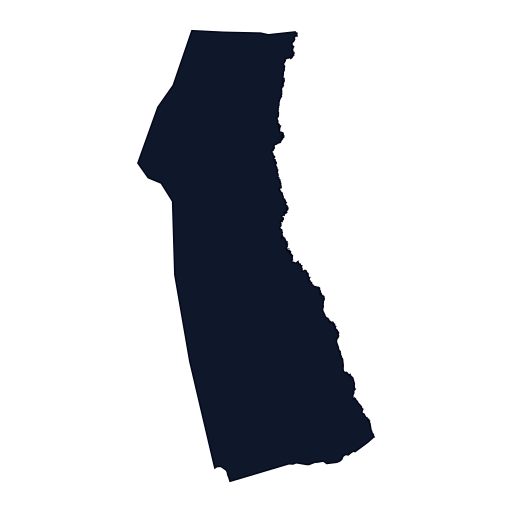 outline of Oichili-Dimani, Andjazîdja, Comoros
{"feature_id": "10938185B16841428111903", "entity_name": "Oichili-Dimani", "entity_type": "district", "adm_level": 2, "iso_a3": "COM", "parent_name": "Comoros", "parent_adm1": "Andjazîdja", "projection": "equal_earth", "projection_center": [43.406, -11.657], "detail": "fine", "context": "isolated", "style": "filled", "palette": "ink", "viewbox_px": 512, "rotation_deg": 0, "n_neighbors": 0, "source": "geoboundaries", "source_scale": "gbopen_adm2", "svg_char_len": 6039}
<svg xmlns="http://www.w3.org/2000/svg" viewBox="0 0 512 512"><path d="M191.9,30.7L173.2,85.4L157.9,107.2L137.9,163.1L148.2,177.7L161.2,183.1L172.6,201.3L174.8,274.6L189.8,361.4L214.8,468.0L216.9,466.6L220.2,466.4L221.3,466.7L225.7,469.7L226.8,471.0L227.4,472.5L227.7,474.6L229.0,477.8L230.0,481.3L288.8,463.8L293.2,464.0L294.8,463.2L296.6,462.8L306.7,464.5L309.0,464.5L314.9,462.2L317.6,462.1L322.5,461.2L323.6,461.2L326.7,463.5L336.6,462.3L339.7,461.1L341.8,459.2L342.8,456.5L344.4,455.2L345.7,454.5L348.3,454.9L351.5,452.2L353.5,451.2L355.1,451.6L367.8,442.2L373.5,437.1L374.1,436.9L373.5,436.0L373.4,434.7L372.4,433.3L372.1,433.2L371.5,430.8L371.0,430.1L369.9,423.2L369.0,422.5L369.5,421.1L369.1,421.0L368.7,419.8L368.4,420.4L367.8,420.3L366.9,417.7L366.0,417.7L364.8,415.9L364.3,414.4L362.1,413.1L361.9,411.6L362.8,409.1L361.6,408.3L361.4,406.8L357.4,402.2L357.4,401.4L356.2,400.7L355.4,398.8L354.6,398.2L354.4,399.1L353.9,399.2L352.8,397.9L352.9,394.8L353.8,392.9L353.7,391.4L353.4,391.0L355.1,389.1L354.0,388.6L353.8,388.1L353.8,387.6L354.4,387.6L354.1,386.0L354.4,383.9L352.8,378.0L350.2,375.4L350.1,374.6L349.0,375.4L348.9,374.6L348.0,374.7L347.7,373.5L346.7,372.5L346.1,372.3L344.6,372.8L343.4,371.0L343.0,369.0L343.2,365.3L342.5,359.0L341.6,357.8L341.0,355.7L340.5,355.6L340.3,354.1L340.5,353.4L340.2,353.1L340.1,351.4L338.8,350.1L338.2,347.0L336.4,342.0L336.6,339.2L337.5,338.3L338.5,336.3L338.5,335.5L338.0,335.1L338.5,333.1L338.0,333.0L338.2,332.4L337.4,332.4L337.7,331.4L336.4,329.4L335.3,329.3L335.3,327.0L335.6,326.5L334.6,326.0L334.5,324.4L333.6,324.7L333.2,324.4L333.6,323.6L333.0,322.4L332.2,322.1L330.4,322.5L330.1,322.1L330.1,321.5L329.5,321.5L328.4,319.1L327.5,318.2L326.7,318.2L326.2,317.5L325.8,317.4L325.0,316.1L324.6,314.5L324.1,314.1L324.1,313.6L322.8,311.0L322.5,309.4L323.3,306.4L323.0,304.6L323.3,302.2L323.0,301.2L323.7,300.6L324.3,298.6L323.7,297.7L323.9,297.0L323.4,296.8L323.6,296.3L321.4,295.0L321.3,293.8L320.0,293.8L320.5,292.3L320.1,291.9L320.4,291.1L319.5,290.2L319.5,288.1L318.5,287.3L317.5,287.8L317.4,287.3L313.9,286.3L313.2,285.9L312.8,285.0L311.9,284.9L311.5,282.7L310.9,282.7L309.9,280.9L309.0,280.9L309.2,279.9L308.4,279.1L309.2,278.6L309.1,278.2L309.5,277.6L309.0,277.6L308.2,276.6L307.9,275.7L308.2,274.9L307.6,274.0L307.9,273.4L307.5,273.2L307.1,273.8L306.2,271.0L304.9,270.3L302.7,271.7L302.2,271.4L302.1,270.3L301.7,269.8L302.1,268.8L301.2,267.2L301.7,265.8L301.1,265.7L300.9,266.2L300.3,265.3L300.3,264.2L298.8,264.0L298.0,261.5L295.8,263.4L293.7,262.3L292.7,262.7L291.9,261.6L291.2,260.1L292.5,259.8L292.1,258.6L292.4,255.6L291.4,255.3L292.2,254.6L291.4,254.8L290.4,254.0L290.7,253.6L290.2,252.8L289.9,252.9L290.5,251.9L290.1,251.3L289.5,251.8L289.2,250.5L287.5,251.1L287.0,250.6L287.0,249.6L287.4,249.3L286.5,249.4L286.3,249.0L286.4,247.7L287.2,246.4L286.9,245.9L287.5,244.1L286.3,243.5L286.3,243.2L286.7,243.1L287.1,242.0L286.1,241.9L284.5,238.2L282.5,236.9L282.0,236.9L281.6,238.6L281.1,238.2L281.9,235.6L282.1,236.1L282.5,236.1L281.7,233.8L282.3,232.6L281.8,231.5L281.8,230.1L279.6,228.3L279.7,227.2L280.9,225.8L280.8,224.3L281.0,223.9L280.3,222.9L280.3,222.1L280.6,221.5L281.8,221.5L281.5,220.7L282.3,220.8L282.5,220.0L283.2,219.5L283.3,218.1L282.5,218.1L281.7,216.9L281.7,216.4L282.0,215.7L283.0,215.4L283.6,214.4L284.3,214.9L284.4,213.6L284.0,213.2L284.5,212.3L285.8,213.2L286.2,212.4L286.6,212.3L286.2,211.5L287.0,210.2L287.7,209.5L287.9,208.6L287.8,208.0L287.0,208.4L287.3,207.6L286.6,207.7L287.1,206.2L286.9,205.8L286.4,205.4L285.7,205.5L285.3,204.9L285.7,203.2L286.2,202.6L285.0,201.9L285.4,201.3L284.4,199.1L283.1,199.1L283.1,196.4L282.7,196.0L282.2,193.6L281.9,192.8L280.0,191.4L280.0,190.4L279.3,189.6L279.6,188.1L281.1,187.7L281.2,187.2L280.6,185.0L280.7,183.3L279.9,182.4L280.2,181.8L279.9,181.6L279.9,180.7L279.2,179.8L279.5,179.5L278.2,178.7L278.7,177.9L278.0,177.6L277.7,176.0L278.1,175.1L277.8,174.5L277.9,174.0L277.1,172.8L277.1,172.2L277.5,171.3L277.1,170.6L277.7,170.1L277.6,169.8L277.1,169.8L276.7,167.4L276.0,166.5L275.4,164.8L275.5,163.7L276.1,163.7L276.3,163.2L276.0,162.1L275.3,161.7L275.0,159.7L274.1,159.6L273.6,158.4L273.8,157.4L274.5,157.3L274.6,156.9L273.0,155.1L272.7,153.4L271.8,152.4L271.8,151.7L271.9,151.1L273.4,149.9L273.4,148.8L274.2,148.2L274.2,147.1L273.7,145.7L274.9,144.4L276.2,144.2L278.0,143.0L280.1,142.4L280.7,141.8L280.3,140.8L281.3,140.3L281.9,139.4L281.6,139.0L282.2,138.9L281.8,137.7L282.2,137.6L282.7,138.0L283.6,137.4L283.8,135.8L283.5,135.5L282.0,135.6L283.2,134.8L283.1,133.7L282.3,133.7L282.7,132.9L281.1,132.2L279.9,132.2L279.6,131.9L279.4,130.6L279.6,129.8L279.0,129.2L279.4,128.6L279.0,128.6L279.0,128.1L279.8,127.8L279.8,127.0L279.1,127.1L279.3,126.7L280.1,126.7L280.4,126.0L279.4,125.7L279.1,125.2L279.2,124.7L278.6,124.1L278.2,124.7L277.8,124.5L277.6,124.0L277.8,120.8L276.8,119.0L277.1,117.8L278.1,116.5L278.3,115.5L278.4,112.5L277.8,111.4L278.0,111.0L277.9,109.7L278.2,109.4L277.8,108.6L278.5,107.3L278.3,106.4L278.9,105.2L278.9,101.8L279.2,101.4L279.4,100.2L280.3,98.0L281.4,96.5L281.1,95.2L281.7,94.1L281.4,93.6L281.6,93.2L281.4,91.8L281.7,91.2L281.3,90.7L281.5,90.1L281.2,89.6L281.6,88.9L281.2,87.7L281.4,87.1L282.5,87.0L282.5,86.5L283.4,85.5L283.1,84.7L282.6,84.8L282.1,84.0L282.7,82.7L283.4,83.0L283.5,82.1L283.0,81.3L284.0,81.4L284.2,80.2L283.9,79.8L284.0,78.6L283.1,78.8L282.8,77.5L283.0,76.7L282.6,76.3L283.3,74.8L283.0,74.3L283.3,73.5L283.2,72.4L284.2,70.1L284.2,68.7L283.9,68.1L284.5,67.1L284.5,66.3L283.5,64.6L283.5,63.6L285.3,60.7L285.0,59.7L285.3,58.6L286.8,58.6L287.3,57.8L288.8,58.0L289.5,57.4L290.5,57.8L290.8,58.4L291.7,57.7L291.3,57.0L291.3,56.3L291.9,57.1L292.2,57.0L293.1,55.6L292.9,55.1L293.5,55.0L293.1,54.4L293.7,53.9L293.3,53.1L293.9,53.1L293.8,52.3L292.2,51.7L292.8,50.3L292.3,49.5L293.0,48.0L292.7,47.5L293.6,46.8L291.9,45.0L292.1,42.5L293.4,41.6L294.6,39.5L294.5,38.7L293.9,37.6L295.1,36.5L295.4,35.7L296.1,35.6L296.9,36.1L297.0,35.6L296.2,34.7L297.0,33.8L297.0,33.3L296.2,33.0L295.2,31.9L268.3,34.8L260.7,33.1L223.9,32.3L191.9,30.7Z" fill="#0f172a" stroke="#020617" stroke-width="1.5"/></svg>